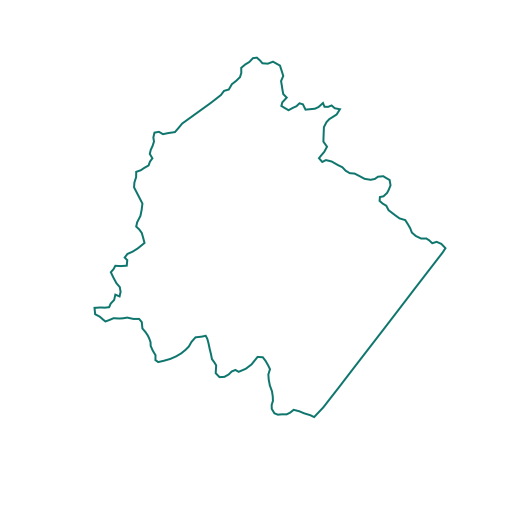 Rio das Flores, Rio de Janeiro, Brazil (Robinson projection), rotated 49°
{"feature_id": "56859067B25860438297690", "entity_name": "Rio das Flores", "entity_type": "district", "adm_level": 2, "iso_a3": "BRA", "parent_name": "Brazil", "parent_adm1": "Rio de Janeiro", "projection": "robinson", "projection_center": [-43.554, -22.17], "detail": "fine", "context": "isolated", "style": "outline", "palette": "teal", "viewbox_px": 512, "rotation_deg": 49, "n_neighbors": 0, "source": "geoboundaries", "source_scale": "gbopen_adm2", "svg_char_len": 2884}
<svg xmlns="http://www.w3.org/2000/svg" viewBox="0 0 512 512"><g transform="rotate(49 256 256)"><path d="M192.0,100.2L190.7,103.8L188.3,106.4L184.5,105.1L184.6,111.1L183.5,114.9L181.1,118.3L178.0,122.6L172.3,121.1L169.3,123.0L169.5,127.2L168.4,130.9L167.3,135.8L162.9,137.3L159.4,138.4L157.3,135.3L156.6,128.9L151.7,129.2L148.1,127.1L144.3,124.7L140.4,122.3L138.0,117.3L132.5,114.9L128.0,113.0L120.5,115.7L118.6,120.9L114.8,124.7L111.2,124.7L106.9,125.2L104.7,128.5L105.2,133.9L104.4,138.3L104.3,143.7L108.2,147.0L110.5,150.7L110.8,155.8L110.5,161.5L112.5,167.3L110.4,171.8L111.5,176.9L110.8,189.9L107.6,224.8L108.6,230.8L109.3,235.9L105.7,241.5L103.0,246.3L98.6,247.8L96.3,251.7L99.2,255.7L102.7,257.9L105.0,261.7L106.9,265.9L109.3,269.2L114.3,270.1L115.2,274.1L117.2,277.7L116.2,282.6L115.7,286.7L113.9,291.2L117.8,294.7L120.8,299.6L124.2,303.0L141.9,307.3L146.3,312.2L149.9,316.9L152.6,323.6L155.2,327.1L159.2,326.7L163.7,327.1L168.6,329.4L173.0,331.6L172.7,340.2L171.8,346.1L170.1,351.7L171.0,356.1L174.7,355.9L178.5,359.9L174.9,364.7L171.1,368.6L172.5,372.3L173.0,376.2L178.4,377.7L185.0,379.2L190.1,379.2L194.2,381.7L197.0,385.5L192.9,387.5L196.1,391.9L196.6,396.9L198.3,400.4L195.9,403.9L192.7,407.3L189.2,411.9L194.4,415.6L199.3,413.7L203.2,413.2L206.6,412.6L208.0,409.0L209.5,404.3L213.4,400.3L215.8,397.2L218.0,393.6L223.1,389.8L226.8,385.5L231.0,385.6L236.2,389.3L240.7,389.3L244.9,389.8L248.2,390.7L251.8,392.1L254.8,394.5L259.7,396.0L264.9,396.9L268.6,400.2L271.9,399.4L274.5,394.5L277.5,388.1L279.3,382.3L280.4,376.5L280.6,370.9L280.3,366.2L278.5,361.1L277.7,355.0L281.3,349.8L283.2,346.3L286.6,347.1L290.7,349.1L295.7,351.9L300.6,354.4L304.9,356.9L308.7,357.2L312.4,357.8L318.0,363.3L323.5,363.0L326.5,359.1L327.5,354.2L327.2,350.1L328.5,346.3L332.0,345.1L334.4,337.8L334.9,330.5L334.1,326.1L333.2,321.0L336.9,317.3L341.4,317.6L346.5,318.6L350.6,319.7L353.5,324.4L357.5,327.4L362.8,330.5L368.6,332.7L373.0,335.5L376.5,338.3L378.6,341.8L381.7,344.4L386.8,345.3L390.1,343.6L392.5,340.3L395.6,336.8L396.6,333.1L396.8,328.5L401.6,325.2L406.3,322.9L411.7,319.5L415.7,317.8L414.4,304.5L411.5,289.8L409.5,279.5L408.0,272.2L404.3,254.0L394.4,204.6L388.1,173.7L384.8,157.7L381.3,140.3L375.8,112.8L374.4,107.9L368.4,108.2L363.8,110.4L362.0,114.6L357.8,115.0L354.5,116.0L351.2,119.9L345.7,122.3L340.6,123.0L336.2,121.4L332.0,120.6L326.8,119.8L321.8,123.0L316.3,124.3L308.5,125.9L303.5,124.7L299.6,126.0L295.5,126.6L292.8,123.8L294.6,120.6L294.4,115.7L293.0,112.1L290.9,108.1L286.3,105.3L282.6,106.6L279.3,107.6L276.2,111.9L275.8,115.8L273.7,119.5L269.0,123.4L263.5,125.5L258.5,127.5L255.0,130.9L250.4,132.4L245.6,132.6L241.2,134.5L234.3,136.9L229.5,140.3L228.5,144.3L223.5,144.3L222.8,140.4L222.2,136.2L220.1,130.7L213.9,130.1L210.1,126.6L203.3,120.2L201.2,114.9L200.8,110.8L202.1,102.3L200.3,96.4L196.2,99.6L192.0,100.2Z" fill="none" stroke="#0f766e" stroke-width="2"/></g></svg>